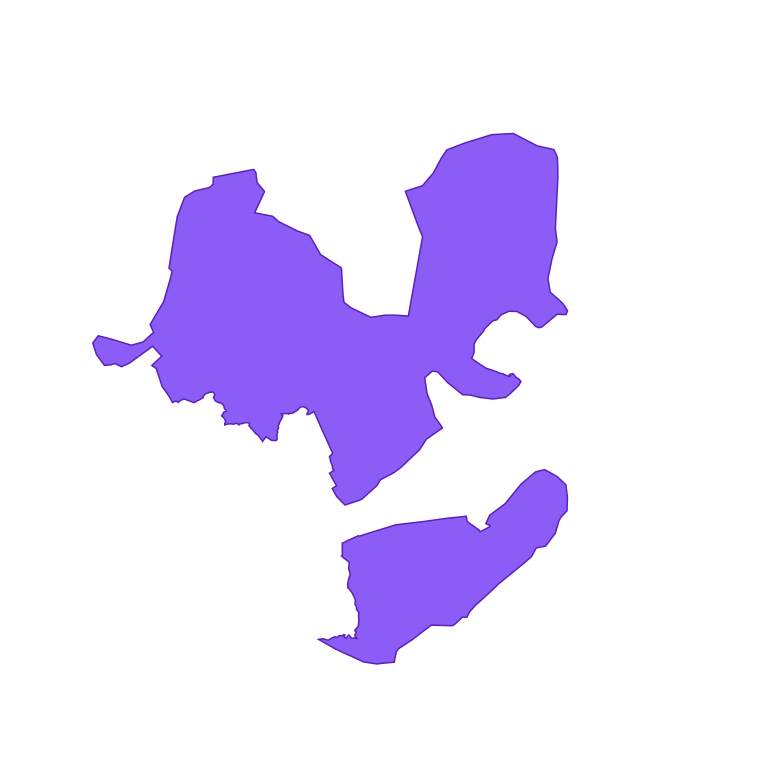 Sabir Al Mawadim, Ta`izz, Yemen, rotated 246°
{"feature_id": "15242507B26080958654520", "entity_name": "Sabir Al Mawadim", "entity_type": "district", "adm_level": 2, "iso_a3": "YEM", "parent_name": "Yemen", "parent_adm1": "Ta`izz", "projection": "natural_earth1", "projection_center": [44.03, 13.53], "detail": "fine", "context": "isolated", "style": "filled", "palette": "violet", "viewbox_px": 768, "rotation_deg": 246, "n_neighbors": 0, "source": "geoboundaries", "source_scale": "gbopen_adm2", "svg_char_len": 6160}
<svg xmlns="http://www.w3.org/2000/svg" viewBox="0 0 768 768"><g transform="rotate(246 384 384)"><path d="M577.3,234.7L573.2,236.3L565.6,230.4L548.8,216.1L533.4,194.5L526.2,194.5L525.0,194.7L520.4,181.1L522.1,169.6L522.5,168.7L523.7,167.2L535.2,154.0L544.3,142.6L539.9,134.6L527.8,133.3L514.7,136.2L512.4,142.9L512.3,146.2L506.5,151.3L506.7,160.3L512.6,188.0L499.8,192.2L495.3,179.4L490.9,182.2L472.0,180.3L460.3,182.7L453.1,183.3L453.1,185.5L453.0,186.8L452.4,187.7L451.9,187.9L450.8,188.5L451.8,191.5L451.8,195.1L444.3,202.9L444.6,207.1L444.7,209.9L444.9,211.2L445.2,211.9L444.9,212.4L445.2,213.2L445.3,213.4L446.1,214.2L447.1,215.2L447.7,217.4L447.6,218.2L447.3,219.6L447.5,220.2L447.5,220.7L447.2,221.8L446.6,223.3L446.2,224.6L444.7,225.1L442.8,224.9L441.8,223.7L441.1,222.7L437.3,223.0L435.3,224.4L433.8,225.8L433.4,226.8L431.9,227.9L428.9,228.9L427.7,228.4L426.1,228.2L425.1,228.9L424.0,229.0L423.3,228.6L423.2,228.4L423.5,227.0L423.4,225.8L422.4,225.1L421.8,224.1L421.1,222.7L420.1,223.0L418.9,223.6L418.0,223.9L416.7,224.1L414.2,224.2L412.6,222.4L411.3,221.9L411.2,222.2L411.2,224.2L410.8,225.5L410.1,227.5L409.4,228.6L408.7,229.7L408.3,231.9L408.2,233.0L407.7,233.6L407.1,234.1L406.3,234.3L405.8,234.8L405.6,235.5L406.4,236.5L406.1,237.2L405.8,237.5L405.4,238.2L405.4,238.8L405.4,239.6L405.3,240.3L404.6,242.9L403.1,245.0L402.6,245.1L402.0,244.7L401.3,244.0L400.9,243.7L400.6,243.7L400.0,243.8L399.5,244.2L398.9,244.5L398.5,244.5L398.0,244.5L397.7,244.5L397.5,244.8L396.2,245.1L395.5,245.4L395.0,245.5L394.2,245.7L393.4,245.8L391.2,246.5L390.5,246.9L389.9,247.0L389.3,247.7L389.0,248.0L388.4,248.1L386.3,248.7L384.8,248.9L382.2,249.6L380.9,249.8L382.1,251.7L383.2,254.1L383.8,254.7L382.8,255.3L381.6,256.3L380.0,257.1L378.5,258.2L377.1,260.4L376.4,262.1L376.3,263.1L376.8,263.6L377.3,264.0L378.3,264.5L379.7,264.9L381.1,265.7L381.9,266.1L382.5,266.7L383.4,267.5L384.1,267.5L385.1,267.6L385.7,268.5L386.2,269.0L386.8,269.9L388.5,270.3L389.0,270.5L390.7,272.6L391.5,272.9L391.9,273.3L392.0,273.8L392.7,274.7L393.4,275.6L394.0,276.1L394.5,277.1L395.1,277.6L395.9,278.4L396.2,278.8L396.7,278.5L397.1,278.0L397.2,277.9L397.9,278.0L398.4,278.2L398.6,278.2L395.8,284.7L395.4,284.7L395.4,286.1L394.6,288.6L394.7,290.4L395.2,293.5L395.2,294.0L395.5,294.9L396.0,296.1L396.3,296.8L396.6,297.3L396.9,298.5L396.4,300.2L396.0,301.2L394.7,302.3L394.2,302.8L393.4,303.2L393.1,303.5L391.9,303.9L391.1,304.0L390.2,303.9L389.2,303.2L388.9,302.5L388.5,301.9L388.1,301.4L387.6,301.2L387.4,301.6L387.0,302.0L386.8,302.8L387.1,308.9L377.8,308.8L375.9,308.8L367.8,308.8L359.5,308.9L359.0,308.9L355.3,308.9L355.1,308.9L345.3,308.9L344.7,309.0L341.8,309.0L341.3,308.3L341.0,307.4L340.7,307.1L340.6,306.9L340.5,306.7L340.4,306.4L340.3,305.4L340.1,305.1L339.5,304.4L339.3,304.3L338.4,304.5L337.6,304.5L335.4,303.7L333.6,303.6L332.9,303.7L331.8,303.6L331.0,303.6L328.1,302.9L325.3,302.7L325.4,302.3L325.2,300.7L324.6,298.8L324.7,298.0L314.3,298.8L312.5,299.0L310.4,299.4L310.0,296.8L309.8,295.0L309.5,294.2L300.6,295.0L293.0,297.7L292.7,297.9L289.3,299.1L287.8,314.1L287.8,316.9L294.0,336.0L298.0,341.8L299.0,356.9L301.0,365.7L309.5,389.8L316.4,400.4L316.7,401.9L316.7,402.2L318.0,408.7L319.5,416.7L320.0,419.5L323.1,419.1L333.1,417.0L345.2,419.0L357.6,419.4L373.1,423.7L376.1,433.1L376.1,433.5L373.2,438.0L359.0,442.9L357.0,444.0L342.2,451.5L338.7,458.5L332.8,466.0L327.9,474.2L326.0,477.3L322.7,488.6L322.2,489.2L324.0,495.5L324.0,495.8L328.0,506.7L330.6,510.1L334.3,508.9L335.5,507.6L341.1,506.1L341.7,502.7L341.1,501.8L340.3,502.7L339.9,502.1L340.3,500.9L345.1,496.6L347.0,493.8L349.0,492.3L357.1,483.5L363.0,479.7L371.6,474.4L376.3,479.2L383.7,482.5L386.8,486.2L391.9,496.6L393.5,498.3L397.4,509.1L396.8,513.5L397.0,513.5L399.6,519.4L399.6,527.9L396.2,534.9L389.4,540.2L388.1,541.2L374.8,546.0L372.3,548.6L371.9,551.4L374.2,559.7L377.3,570.5L373.4,578.6L376.3,581.5L384.1,580.3L389.6,578.1L400.2,573.2L413.4,576.6L413.5,576.6L429.5,588.0L438.3,595.5L443.4,599.9L456.1,603.7L475.8,613.6L502.6,627.2L520.2,634.5L524.4,634.7L529.1,634.5L539.3,620.7L560.3,604.0L568.0,583.7L571.3,555.7L572.3,536.6L566.7,527.7L556.7,515.0L549.5,499.7L551.4,481.9L511.3,479.3L503.0,479.2L494.8,473.7L436.2,433.9L442.9,421.1L446.4,413.1L450.2,399.2L467.1,384.8L474.9,380.7L482.0,382.8L507.3,392.3L528.0,378.7L550.0,376.5L558.7,367.4L575.2,353.8L582.5,350.5L593.0,335.5L608.3,353.0L608.8,353.1L619.6,350.0L629.5,353.0L633.0,352.3L642.3,312.2L635.9,309.1L634.5,304.3L637.3,289.7L635.7,277.9L635.6,277.7L621.1,263.3L602.3,250.9L577.3,234.7ZM228.2,504.9L229.4,504.3L240.4,496.0L241.5,490.4L241.6,489.7L242.1,486.7L236.9,468.8L236.6,468.1L229.3,453.7L225.4,446.0L221.1,427.1L215.0,420.3L211.6,423.2L210.6,422.6L209.9,411.8L211.8,411.5L221.8,405.6L225.0,404.1L229.7,405.4L235.7,387.1L238.0,379.1L242.0,365.0L250.5,337.8L250.6,337.0L252.9,318.4L255.0,299.9L255.9,298.7L255.8,298.0L255.8,287.2L255.5,283.5L255.6,281.3L252.9,279.9L246.2,277.1L244.9,276.6L244.3,275.2L243.9,275.5L241.6,276.3L237.7,278.5L234.9,279.7L229.7,276.5L227.8,276.3L225.0,276.0L223.2,275.2L220.4,272.5L215.5,269.1L212.4,268.1L210.2,269.1L205.2,270.0L198.6,270.1L196.3,268.9L194.6,267.8L193.8,267.9L192.3,268.3L190.3,267.7L189.7,267.2L186.1,267.9L185.2,267.8L183.9,267.3L182.9,266.6L178.7,265.0L175.3,263.3L173.3,261.9L172.7,261.1L171.5,258.4L171.2,257.5L170.3,257.0L169.6,257.7L168.8,258.0L167.3,256.0L166.4,255.1L164.7,255.3L163.8,255.5L162.4,255.8L163.4,254.4L164.2,253.7L164.4,252.0L164.6,251.2L169.0,249.8L169.0,249.2L167.3,246.2L167.7,245.8L168.6,245.2L169.3,244.7L169.7,244.5L170.6,246.3L171.4,245.5L171.2,244.5L171.3,243.8L171.4,242.2L172.2,241.2L172.3,240.5L171.6,238.0L171.7,237.2L172.7,237.0L173.1,236.2L173.2,234.5L173.0,231.7L172.8,230.3L172.7,228.9L174.0,227.0L175.8,225.1L176.5,223.3L177.2,221.2L177.3,220.3L161.7,231.8L138.4,252.3L131.2,263.5L129.8,268.1L125.7,280.2L134.3,286.2L136.3,289.8L139.0,306.1L144.5,329.0L135.5,347.9L135.5,350.2L139.1,360.9L137.1,364.7L140.9,369.3L144.3,376.7L153.5,404.3L154.7,407.0L163.4,439.1L166.3,448.5L172.3,456.4L170.2,465.7L177.4,478.7L177.9,479.7L187.7,488.0L190.3,491.4L193.7,499.6L205.6,505.4L218.0,509.2L228.2,504.9Z" fill="#8b5cf6" stroke="#5b21b6" stroke-width="1.5"/></g></svg>